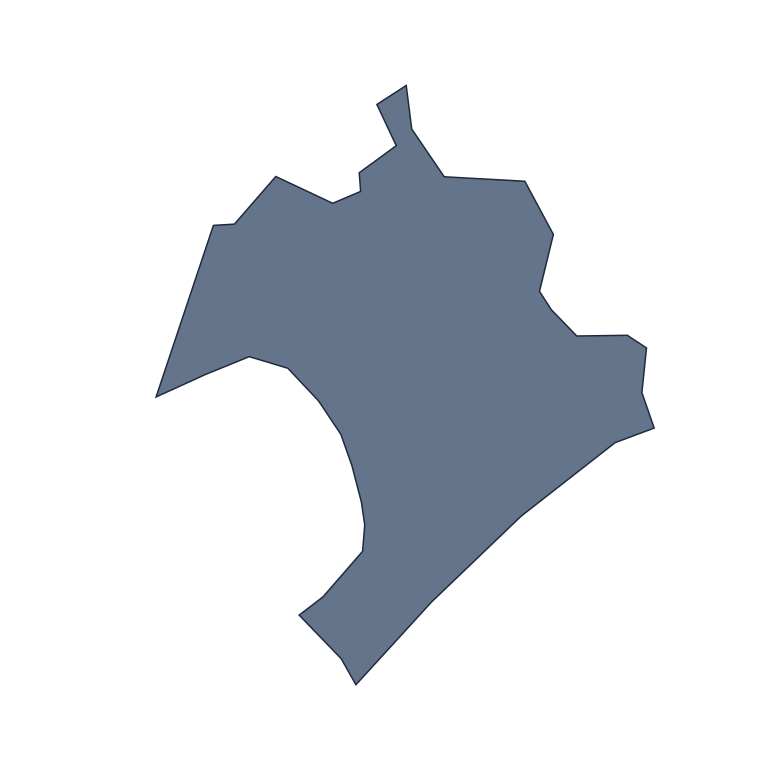 the border of Stockton-on-Tees, rotated 131°
{"feature_id": "GBR-2033", "entity_name": "Stockton-on-Tees", "entity_type": "Unitary Authority", "adm_level": 1, "iso_a3": "GBR", "parent_name": "United Kingdom", "parent_adm1": "", "projection": "natural_earth1", "projection_center": [-1.341, 54.544], "detail": "fine", "context": "isolated", "style": "filled", "palette": "slate", "viewbox_px": 768, "rotation_deg": 131, "n_neighbors": 0, "source": "natural_earth", "source_scale": "10m", "svg_char_len": 651}
<svg xmlns="http://www.w3.org/2000/svg" viewBox="0 0 768 768"><g transform="rotate(131 384 384)"><path d="M144.1,563.1L173.4,530.3L188.1,474.5L138.6,410.7L160.0,354.3L212.1,327.4L218.2,306.2L221.3,270.0L187.6,232.3L186.9,226.8L184.6,209.5L221.3,183.7L240.0,151.2L276.6,171.1L393.7,193.8L517.3,205.1L629.4,207.9L619.4,236.1L614.1,296.4L584.6,290.4L548.3,290.4L524.3,290.4L503.1,306.0L488.1,323.4L466.8,354.4L450.3,383.5L439.7,422.3L435.2,466.9L451.8,503.7L494.2,525.1L543.3,547.5L376.2,616.8L361.5,601.8L298.4,601.8L281.3,541.3L254.0,528.0L240.8,541.3L196.1,531.1L177.7,572.8L144.1,563.1Z" fill="#64748b" stroke="#1e293b" stroke-width="1.5"/></g></svg>